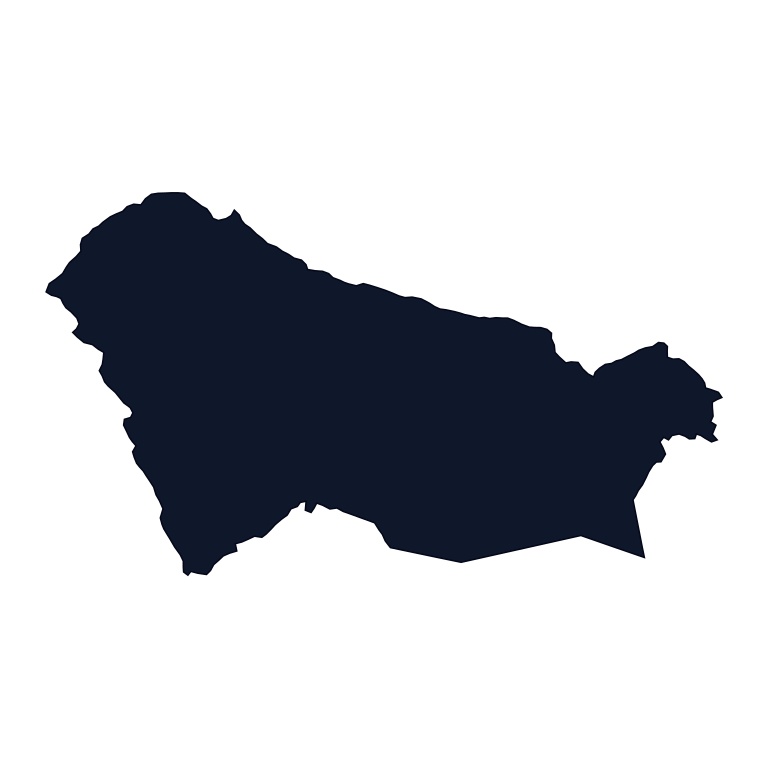 the district of Wenceslau Guimarães, Bahia, Brazil
{"feature_id": "56859067B63316826546046", "entity_name": "Wenceslau Guimarães", "entity_type": "district", "adm_level": 2, "iso_a3": "BRA", "parent_name": "Brazil", "parent_adm1": "Bahia", "projection": "mercator", "projection_center": [-39.62, -13.619], "detail": "fine", "context": "isolated", "style": "filled", "palette": "ink", "viewbox_px": 768, "rotation_deg": 0, "n_neighbors": 0, "source": "geoboundaries", "source_scale": "gbopen_adm2", "svg_char_len": 3200}
<svg xmlns="http://www.w3.org/2000/svg" viewBox="0 0 768 768"><path d="M110.3,216.8L102.8,222.3L98.8,226.1L93.0,228.9L88.9,234.1L82.3,238.3L80.5,244.6L80.9,251.2L76.2,256.6L69.6,262.5L66.4,267.1L62.6,273.6L55.6,279.3L49.3,283.6L46.1,291.9L51.4,295.2L56.6,296.5L60.8,298.4L63.1,303.3L65.9,307.7L71.2,312.0L76.9,318.0L79.1,323.9L76.5,328.9L72.7,332.4L77.4,337.1L84.0,342.5L92.4,344.6L98.3,349.2L103.8,352.4L103.1,359.3L102.3,364.5L99.3,370.7L102.2,375.8L104.6,381.8L108.1,385.9L111.5,389.0L115.3,392.4L118.8,396.7L123.9,403.0L130.2,407.6L132.9,412.8L130.6,417.5L124.4,419.3L123.6,425.1L126.9,431.9L129.4,437.3L132.3,441.5L136.0,445.8L132.6,451.8L134.2,457.2L136.6,463.2L139.7,467.1L143.2,470.9L146.2,475.7L149.9,481.2L153.7,487.1L156.0,494.7L159.5,500.8L163.0,508.8L160.3,517.9L162.0,524.3L163.8,528.8L167.2,534.4L170.1,539.1L174.6,546.9L180.3,554.8L183.3,561.1L183.3,566.9L183.6,572.0L187.9,575.2L190.8,571.4L197.7,573.2L206.5,574.5L210.5,570.5L213.7,564.6L219.0,560.0L223.3,555.9L229.5,553.2L236.8,551.0L235.3,543.7L241.8,542.0L248.4,539.1L254.6,536.2L261.9,537.3L266.1,534.1L270.9,529.3L275.2,524.6L281.5,519.2L287.2,515.1L291.0,508.8L297.3,506.5L300.3,502.4L306.1,501.3L305.3,510.2L311.1,512.5L314.1,508.1L316.7,503.1L322.6,505.2L329.9,509.0L336.9,508.0L343.3,511.5L347.7,513.0L374.6,522.8L379.1,530.0L382.4,534.4L385.3,541.0L390.4,547.6L437.3,557.4L461.1,562.3L580.9,535.5L612.8,546.6L644.4,557.5L642.4,547.9L633.0,499.8L635.7,495.7L638.3,490.5L642.4,484.9L646.1,477.6L648.7,471.9L652.7,465.5L656.4,462.0L661.0,461.8L665.5,454.1L663.0,447.9L659.9,441.9L663.7,437.3L668.5,439.9L672.0,435.5L679.1,434.0L685.3,436.3L689.3,438.9L694.8,438.6L696.4,434.0L700.9,435.5L704.9,438.1L711.5,441.9L717.2,439.9L712.3,434.3L716.0,425.2L710.6,421.8L713.1,416.2L712.4,407.6L712.3,402.2L717.1,399.5L721.9,397.5L718.4,392.3L710.1,389.3L705.6,388.0L704.6,383.0L702.1,378.9L698.6,374.8L693.3,370.0L688.6,366.2L684.1,361.6L679.0,358.8L672.9,359.1L667.4,357.3L667.2,351.3L667.4,346.4L663.9,343.1L658.5,342.5L652.7,346.6L645.4,347.9L638.8,350.3L634.3,353.1L628.0,356.2L621.5,359.6L616.2,360.9L611.7,363.4L605.3,364.4L599.5,368.2L595.2,372.3L593.6,376.9L588.1,374.0L582.7,368.9L578.1,362.4L571.1,361.9L565.8,362.9L559.3,357.0L555.0,352.4L554.3,345.1L551.3,338.4L551.5,333.2L547.0,329.4L540.7,327.6L534.6,327.5L529.2,327.1L521.4,324.2L513.6,320.3L507.7,318.1L502.8,318.1L496.0,317.7L489.6,318.5L484.3,317.4L479.2,318.0L469.7,315.6L464.7,314.6L460.1,313.1L454.5,311.6L446.0,309.8L439.9,309.0L434.6,306.6L429.2,303.1L421.2,298.9L412.2,297.1L405.0,297.6L399.2,296.0L392.2,293.0L385.6,290.4L376.9,287.5L369.8,285.3L363.3,283.6L356.3,285.8L348.6,283.9L344.2,282.4L339.9,280.3L332.9,277.7L328.7,273.6L322.6,271.3L315.4,270.8L307.6,269.5L306.0,264.6L301.5,260.1L294.0,258.1L288.7,254.5L282.2,251.2L276.5,247.0L267.4,243.6L262.4,238.7L256.4,234.1L250.1,227.9L244.8,224.3L241.6,220.4L239.3,215.0L234.3,210.1L231.3,215.5L226.2,218.6L218.3,220.5L212.9,218.4L210.5,213.9L206.7,208.8L201.7,206.2L196.1,201.9L190.9,198.3L184.7,193.3L177.6,192.8L172.0,192.8L164.8,193.1L158.0,193.3L151.4,194.3L145.4,198.8L140.9,204.9L133.7,204.2L127.1,206.7L122.6,211.4L116.4,213.9L110.3,216.8Z" fill="#0f172a" stroke="#020617" stroke-width="1.5"/></svg>